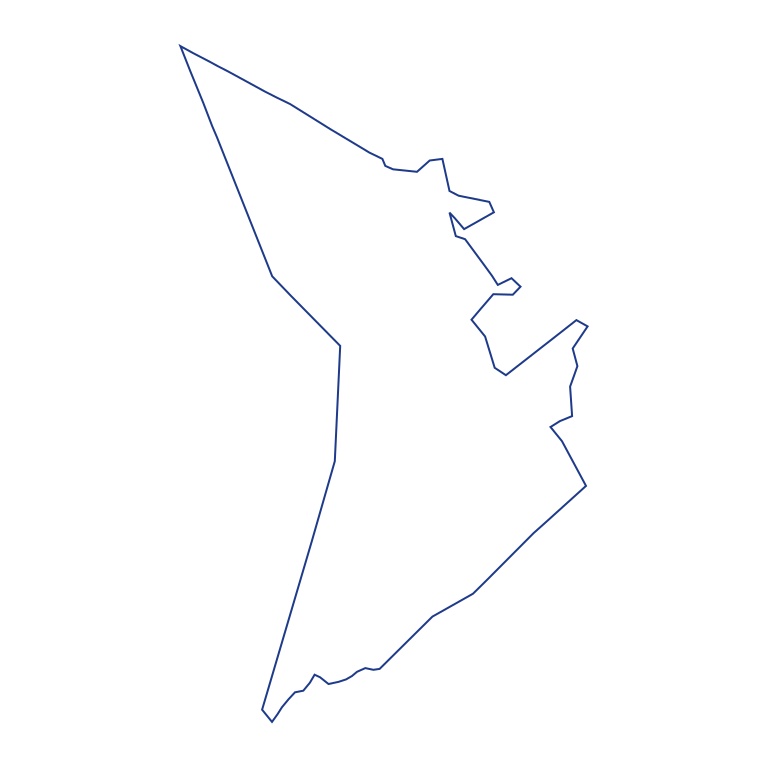 the district of Capela, Alagoas, Brazil
{"feature_id": "56859067B67921672673820", "entity_name": "Capela", "entity_type": "district", "adm_level": 2, "iso_a3": "BRA", "parent_name": "Brazil", "parent_adm1": "Alagoas", "projection": "equal_earth", "projection_center": [-36.089, -9.345], "detail": "fine", "context": "isolated", "style": "outline", "palette": "blue", "viewbox_px": 768, "rotation_deg": 0, "n_neighbors": 0, "source": "geoboundaries", "source_scale": "gbopen_adm2", "svg_char_len": 1126}
<svg xmlns="http://www.w3.org/2000/svg" viewBox="0 0 768 768"><path d="M545.6,522.4L586.0,485.9L562.0,441.2L550.5,427.0L559.9,421.1L572.1,416.1L570.1,386.6L574.2,375.2L577.4,366.1L572.7,348.5L587.6,326.4L576.4,320.1L557.4,335.0L505.9,375.2L494.7,367.8L489.7,351.5L485.1,336.5L471.5,319.7L480.4,309.2L493.3,294.2L512.8,294.7L520.5,286.7L511.5,278.2L497.8,284.9L492.0,275.8L484.8,265.9L465.1,239.2L455.8,236.1L449.5,212.6L454.8,218.2L464.1,229.1L493.9,212.3L489.3,201.9L458.6,195.7L449.5,191.0L442.4,158.9L429.7,160.5L417.0,171.8L393.0,169.3L385.3,165.9L382.4,158.9L369.4,152.6L330.6,129.3L290.0,104.0L276.6,97.5L265.2,91.7L228.2,71.5L217.7,66.1L210.0,61.9L198.7,56.0L193.1,53.1L180.4,46.1L190.1,70.7L203.4,103.2L212.1,125.9L217.1,137.6L272.2,276.3L290.9,295.8L340.2,345.9L334.8,461.2L311.7,541.6L262.1,709.7L272.0,721.9L277.6,714.1L281.9,707.3L288.5,699.3L295.0,692.3L303.3,690.7L309.9,682.7L314.6,674.7L320.1,677.3L328.5,684.0L338.4,681.9L346.1,679.4L352.0,676.0L357.0,671.8L365.3,668.1L373.4,669.8L379.6,668.9L432.4,616.6L473.0,593.7L486.1,580.8L533.6,533.1L545.6,522.4Z" fill="none" stroke="#1e3a8a" stroke-width="2"/></svg>